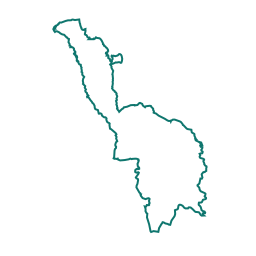 the district of Ilamatlán, Veracruz, Mexico, rotated 100°
{"feature_id": "50627088B4244668772523", "entity_name": "Ilamatlán", "entity_type": "district", "adm_level": 2, "iso_a3": "MEX", "parent_name": "Mexico", "parent_adm1": "Veracruz", "projection": "albers", "projection_center": [-98.447, 20.764], "detail": "fine", "context": "isolated", "style": "outline", "palette": "teal", "viewbox_px": 256, "rotation_deg": 100, "n_neighbors": 0, "source": "geoboundaries", "source_scale": "gbopen_adm2", "svg_char_len": 5806}
<svg xmlns="http://www.w3.org/2000/svg" viewBox="0 0 256 256"><g transform="rotate(100 128 128)"><path d="M44.6,171.6L44.7,174.7L44.3,175.3L46.0,176.3L46.1,176.6L45.9,177.3L46.1,177.5L46.4,176.5L47.3,181.8L46.4,181.1L45.6,181.7L45.9,182.7L45.7,183.6L44.0,184.7L43.7,185.2L43.6,186.2L43.0,186.8L39.6,186.7L38.9,187.0L37.9,187.1L38.4,188.1L39.1,188.5L39.2,189.3L39.1,190.1L38.1,191.2L37.4,191.3L36.6,192.0L34.7,193.0L33.8,193.2L32.8,193.9L29.6,194.9L30.9,199.0L30.8,201.2L31.0,201.9L31.8,202.8L32.4,205.8L33.4,208.0L35.8,212.1L35.9,213.5L37.0,214.3L37.4,214.2L38.0,215.0L38.7,215.1L39.9,217.0L40.6,216.5L41.0,216.7L40.6,217.0L40.7,217.3L41.1,217.5L41.3,218.1L42.3,218.2L43.0,217.1L43.4,218.1L43.7,217.9L43.2,218.6L43.6,218.7L45.2,217.6L46.1,216.6L45.3,215.9L45.1,214.6L45.8,212.2L46.5,211.2L47.2,209.1L47.3,207.0L49.3,204.4L49.4,203.7L50.2,203.1L50.6,201.6L53.8,201.5L55.6,200.0L57.0,199.9L57.1,199.1L57.5,198.5L58.4,198.7L58.1,197.1L58.5,195.9L59.2,195.0L60.5,194.8L61.0,194.1L61.9,193.7L62.1,193.1L62.4,193.0L62.9,193.0L64.0,194.2L64.3,194.2L65.1,193.2L64.8,192.5L66.6,191.8L66.0,191.0L66.3,190.7L67.5,190.3L68.6,190.6L69.4,190.2L70.6,190.2L71.3,189.4L71.3,189.2L70.8,188.8L71.1,188.4L72.0,188.3L73.4,187.4L73.8,186.8L73.9,185.5L75.7,185.0L76.5,184.2L77.4,184.3L79.3,183.5L80.7,183.5L80.7,183.2L81.4,182.6L83.5,182.3L85.3,180.0L87.2,180.7L89.4,180.7L91.7,179.8L92.4,180.0L94.2,177.4L95.8,177.6L97.4,176.1L98.5,176.6L99.6,176.2L100.8,174.4L101.7,174.2L103.0,172.7L104.0,173.8L104.8,173.5L104.6,172.8L104.9,171.9L107.4,169.5L108.4,168.2L109.6,167.3L109.9,166.4L111.9,164.8L114.0,164.2L115.1,163.4L115.6,160.7L118.9,159.3L119.0,159.0L118.4,158.0L118.5,157.1L118.9,156.4L120.2,155.8L120.7,155.2L121.6,153.3L121.4,152.0L121.7,151.5L122.3,150.8L123.5,150.8L125.4,149.8L126.0,148.9L126.5,147.2L126.9,146.8L128.2,146.8L131.8,145.6L132.1,144.4L135.0,139.5L135.8,138.6L136.3,138.3L137.4,139.0L138.8,137.7L140.3,137.9L142.9,136.3L144.1,137.3L146.1,137.6L147.0,137.6L148.2,136.9L148.4,136.5L148.9,136.4L149.9,136.4L151.0,137.2L152.7,137.3L158.9,136.6L160.4,136.9L160.7,136.0L160.4,135.2L160.5,134.0L159.9,132.8L160.8,132.3L161.3,130.1L160.1,125.6L158.7,121.8L157.8,120.5L158.0,118.9L157.6,118.2L156.9,115.2L156.8,114.0L157.1,112.3L157.5,112.1L158.1,112.2L158.2,111.8L158.9,111.8L161.7,112.4L163.9,111.7L165.0,110.7L165.0,110.3L165.5,110.0L166.3,109.9L166.8,111.0L166.5,111.5L166.8,112.3L167.9,113.4L169.2,113.5L170.1,113.2L170.5,112.0L169.8,110.2L170.1,109.6L171.4,109.8L175.3,111.7L176.1,111.0L176.5,109.5L177.5,109.0L181.4,109.0L183.2,109.5L185.0,109.4L189.7,105.5L190.1,104.6L191.3,104.2L191.2,103.7L192.0,103.8L192.6,103.5L194.5,101.4L195.0,98.3L194.1,96.9L193.6,95.7L193.6,95.3L194.0,94.5L194.6,94.4L196.2,94.7L198.1,93.7L198.5,94.1L200.1,93.8L200.4,94.0L200.6,96.1L202.2,96.5L202.5,97.0L202.4,97.8L204.7,96.6L206.9,96.3L208.6,95.0L209.0,94.1L212.7,93.8L219.3,90.4L225.7,87.9L226.4,87.2L225.1,84.9L225.0,80.1L221.1,80.0L216.8,78.4L215.8,77.8L214.8,77.6L214.7,77.4L214.9,76.1L215.5,74.7L215.6,72.2L216.1,70.9L216.0,69.6L211.6,69.1L206.9,66.9L205.6,66.7L204.5,66.6L200.8,67.5L199.4,65.1L198.7,64.8L195.8,64.8L194.9,64.3L194.6,63.8L194.5,62.7L195.1,60.7L196.8,58.7L197.2,57.5L196.8,55.0L195.7,54.5L195.4,53.2L195.5,52.3L196.8,50.1L198.6,47.6L198.9,46.9L198.7,44.2L198.8,43.3L201.0,41.3L201.5,40.3L201.0,38.0L200.4,39.0L199.2,39.6L198.7,39.1L198.5,37.4L197.9,37.3L197.0,38.1L196.8,39.9L196.1,41.3L193.3,42.6L192.2,43.7L191.5,44.9L190.7,45.2L189.2,45.2L188.6,42.8L188.0,42.3L185.7,41.7L184.5,39.2L183.7,38.9L183.1,39.1L182.5,40.2L181.9,40.7L180.5,40.2L179.3,40.3L178.8,41.1L177.7,45.4L176.3,46.7L174.3,47.5L172.8,49.5L172.2,49.6L170.3,48.1L165.2,47.9L165.1,46.5L163.9,46.1L160.9,47.4L160.5,47.3L158.4,46.1L158.1,44.8L157.3,44.3L156.7,43.5L153.9,44.0L152.8,43.8L152.1,44.1L151.7,45.3L150.5,46.6L149.6,46.7L147.9,47.9L147.1,48.0L146.2,47.5L145.7,47.6L145.2,48.8L145.0,51.3L144.6,52.1L143.7,52.5L142.2,52.1L141.0,53.0L140.3,51.9L140.0,50.5L139.0,50.3L138.3,50.4L137.6,51.7L137.0,52.0L136.5,52.0L135.7,51.5L134.5,51.3L133.4,52.5L133.8,53.2L132.7,53.9L132.1,53.7L132.1,51.9L129.6,53.4L129.5,54.3L130.5,54.0L129.7,55.1L129.0,57.0L128.6,58.7L128.2,59.3L127.8,59.5L127.9,59.0L127.5,58.6L127.0,59.3L124.0,61.3L123.0,61.4L122.3,61.7L121.4,64.1L120.9,64.6L118.7,65.3L118.7,69.1L118.4,70.1L115.6,73.9L115.5,74.5L114.7,74.9L113.0,76.8L112.5,78.1L111.6,83.5L111.9,85.2L113.0,86.4L113.1,86.8L114.1,87.0L113.6,87.3L114.0,89.2L113.7,90.5L112.5,93.4L110.5,100.0L108.9,102.9L108.5,105.4L108.1,105.5L107.3,105.3L106.2,105.9L105.9,106.4L104.6,106.6L102.9,109.0L102.4,109.2L102.3,110.3L103.3,113.6L103.6,114.3L104.6,114.8L103.3,117.3L101.8,118.2L101.2,120.5L101.4,121.1L103.7,122.7L104.6,125.3L104.2,125.5L105.0,129.2L107.2,132.6L108.4,135.7L109.5,136.1L110.5,137.3L113.6,139.5L112.4,140.4L112.3,140.8L111.1,142.0L110.7,142.2L110.3,141.8L109.6,142.0L109.2,142.4L107.7,142.8L107.1,143.5L105.5,143.4L103.4,144.5L102.3,143.8L101.1,144.5L98.6,144.1L96.9,145.3L96.1,145.2L95.1,146.1L94.6,147.3L93.8,147.7L93.4,148.9L91.7,150.6L90.5,150.3L90.0,150.8L88.9,150.6L86.5,150.7L85.1,151.2L84.1,151.0L83.0,151.4L82.3,151.3L78.2,152.4L78.0,152.7L74.3,152.5L72.2,154.3L71.4,154.8L70.5,154.8L69.2,155.7L68.6,156.6L68.1,156.4L67.7,155.4L67.5,154.3L65.5,151.4L65.5,150.4L64.8,148.7L64.7,147.8L65.1,146.4L64.8,145.9L62.9,145.6L60.9,145.7L58.3,146.7L57.2,147.5L56.7,148.5L56.7,149.5L58.4,150.8L59.5,153.0L59.3,154.8L59.8,155.4L59.5,156.5L59.9,156.7L60.6,156.5L61.1,155.6L62.8,155.1L64.1,155.7L65.4,155.4L66.2,155.8L65.8,155.9L65.0,157.2L63.8,157.6L63.5,158.0L63.1,158.0L62.4,159.7L60.6,159.7L59.9,160.2L60.4,161.6L59.0,161.5L58.5,162.7L57.7,162.7L57.2,161.4L56.3,161.5L55.6,160.9L54.3,161.4L53.0,162.6L52.4,163.8L51.6,164.5L51.1,166.0L50.0,166.4L49.8,167.2L48.7,167.5L46.4,169.2L45.2,170.5L44.6,171.6Z" fill="none" stroke="#0f766e" stroke-width="2"/></g></svg>